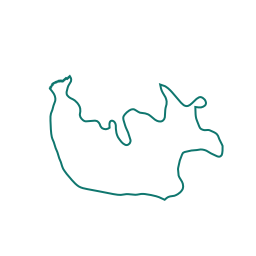 outline of Santo Domingo Oeste, Santo Domingo, Dominican Republic, rotated 139°
{"feature_id": "3306468B81365020570437", "entity_name": "Santo Domingo Oeste", "entity_type": "district", "adm_level": 2, "iso_a3": "DOM", "parent_name": "Dominican Republic", "parent_adm1": "Santo Domingo", "projection": "equal_earth", "projection_center": [-70.016, 18.468], "detail": "fine", "context": "isolated", "style": "outline", "palette": "teal", "viewbox_px": 256, "rotation_deg": 139, "n_neighbors": 0, "source": "geoboundaries", "source_scale": "gbopen_adm2", "svg_char_len": 3511}
<svg xmlns="http://www.w3.org/2000/svg" viewBox="0 0 256 256"><g transform="rotate(139 128 128)"><path d="M147.4,49.8L144.7,49.8L142.9,49.5L141.2,48.8L137.4,46.4L135.6,45.8L133.8,45.4L130.9,45.2L129.1,45.4L127.2,45.9L126.4,46.3L124.9,47.5L124.3,48.3L123.2,50.0L122.5,52.0L121.6,57.1L121.0,58.9L117.2,64.2L115.9,65.3L110.2,69.5L104.8,72.4L103.3,73.0L102.6,73.1L101.0,72.7L94.9,69.4L90.5,66.2L87.3,64.2L85.9,62.8L84.7,61.2L83.7,59.4L82.0,54.3L79.3,48.2L78.8,47.4L78.2,46.7L77.5,46.2L76.7,46.0L75.9,46.0L75.1,46.1L73.6,47.0L71.6,48.8L68.4,52.4L67.9,54.0L66.5,59.4L65.2,63.0L65.0,64.9L65.1,65.8L65.3,66.8L65.9,68.5L67.9,72.8L68.4,73.5L69.0,74.1L71.6,76.1L72.6,77.4L73.4,79.0L73.6,80.0L73.6,81.0L73.1,82.8L71.1,88.4L70.3,90.4L69.2,92.3L68.0,94.0L63.4,99.7L61.1,97.1L59.3,95.6L57.4,94.8L55.5,94.5L54.5,94.6L53.6,95.0L52.7,95.7L52.1,96.8L51.7,97.9L51.5,99.1L51.8,101.4L52.2,102.6L52.8,103.6L53.6,104.2L54.5,104.6L57.2,105.0L63.4,104.7L66.3,104.8L68.2,105.3L69.0,105.8L69.8,106.5L70.4,107.4L70.9,108.5L71.1,109.7L71.4,112.2L71.3,126.1L71.4,128.8L71.7,131.6L72.3,134.2L72.7,135.4L75.2,139.7L77.2,136.1L78.0,134.2L78.6,132.0L79.6,126.5L80.4,124.5L81.4,122.7L83.4,120.6L86.5,118.5L88.0,117.2L93.1,112.0L94.8,111.0L96.6,110.7L97.5,110.8L98.4,111.1L99.2,111.6L100.5,112.9L101.5,114.6L102.2,116.7L103.1,122.2L103.6,124.3L104.0,125.3L105.5,127.8L108.9,131.7L109.6,133.3L110.4,135.9L111.0,137.7L111.5,138.5L112.2,139.1L113.0,139.6L113.9,140.0L115.7,140.4L118.7,140.6L121.6,140.3L123.4,139.8L124.2,139.4L125.0,138.7L126.1,137.1L128.5,131.8L129.3,129.8L130.9,124.5L134.0,117.3L134.6,116.5L135.3,116.0L136.8,115.3L138.5,115.3L139.3,115.5L140.1,115.9L140.8,116.6L141.3,117.6L141.9,119.6L142.1,121.8L141.9,125.2L141.6,127.6L140.9,129.8L140.0,131.8L137.8,135.2L135.4,138.1L134.6,139.7L134.4,140.7L134.3,141.7L134.5,142.7L135.0,143.7L135.8,144.4L136.6,144.6L137.4,144.5L138.1,144.2L139.4,143.2L141.7,140.3L143.4,140.6L145.0,141.3L145.7,141.8L146.8,143.1L147.6,144.7L147.7,145.6L147.6,147.3L146.8,149.5L146.5,151.2L146.7,153.1L147.1,153.9L148.1,155.2L155.5,160.7L156.1,161.5L156.5,162.3L156.8,163.3L157.0,165.3L156.8,167.3L156.0,169.1L155.5,169.8L153.1,171.8L151.4,173.9L150.5,175.8L150.0,178.0L149.8,180.3L150.1,183.7L150.7,185.7L151.8,188.3L152.3,190.1L152.4,192.1L152.3,193.1L151.9,194.0L150.8,195.4L147.1,198.0L145.3,199.0L140.5,200.6L139.2,201.7L138.6,202.6L138.2,203.7L137.9,205.4L139.3,205.4L139.3,204.9L141.5,204.9L141.5,205.4L141.9,205.4L141.9,205.9L142.2,205.9L142.2,206.4L144.1,206.4L144.1,205.9L144.4,205.9L144.4,206.4L144.8,206.4L144.8,205.9L146.3,205.9L146.3,206.4L147.0,206.4L147.0,206.9L147.4,206.9L147.4,207.3L147.7,207.3L147.7,207.8L148.1,207.8L148.5,207.8L148.5,208.3L149.2,208.3L149.2,208.8L149.9,208.8L149.9,209.3L151.7,209.3L151.7,209.8L152.8,209.8L152.8,210.3L155.0,210.3L155.0,210.8L156.1,210.8L156.1,210.3L157.2,210.3L157.2,209.8L159.4,209.8L159.4,209.3L160.5,209.3L160.5,208.8L161.1,208.8L161.2,205.6L161.5,202.6L162.0,200.8L162.4,199.8L163.4,198.0L164.7,196.6L165.5,196.0L169.5,193.8L173.2,191.3L176.6,189.5L178.9,187.6L181.7,184.4L187.1,177.6L189.7,174.0L191.4,171.2L192.2,169.4L193.3,166.0L195.8,160.3L197.2,156.0L199.7,150.4L201.1,146.2L202.8,142.4L203.5,140.4L203.8,139.3L204.1,137.1L204.4,133.6L204.5,125.4L204.3,120.7L204.0,118.4L203.5,116.2L202.6,114.1L201.5,112.2L198.9,108.7L191.3,99.1L182.4,87.7L179.6,84.4L177.3,82.2L172.5,79.1L171.1,77.8L166.3,72.8L164.8,71.7L161.5,69.7L160.0,68.5L158.6,67.1L154.6,62.3L151.5,58.0L149.9,55.3L147.4,49.8Z" fill="none" stroke="#0f766e" stroke-width="2"/></g></svg>